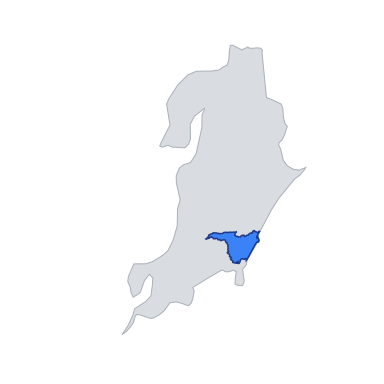 Limon, Limón, Costa Rica (highlighted), rotated 59°
{"feature_id": "36466004B50274844038256", "entity_name": "Limon", "entity_type": "district", "adm_level": 2, "iso_a3": "CRI", "parent_name": "Costa Rica", "parent_adm1": "Limón", "projection": "equal_earth", "projection_center": [-83.21, 9.776], "detail": "fine", "context": "in_parent", "style": "filled", "palette": "blue", "viewbox_px": 384, "rotation_deg": 59, "n_neighbors": 0, "source": "geoboundaries", "source_scale": "gbopen_adm2", "svg_char_len": 6889}
<svg xmlns="http://www.w3.org/2000/svg" viewBox="0 0 384 384"><g transform="rotate(59 192 192)"><path d="M298.1,196.4L297.7,198.0L296.6,199.6L295.1,201.3L293.0,202.5L287.9,199.0L283.0,195.1L280.3,196.9L279.2,202.0L277.4,204.6L275.1,205.6L274.2,207.3L274.0,224.5L274.2,240.6L277.9,241.0L284.2,246.6L286.8,249.9L287.7,252.9L286.9,254.4L282.3,258.0L277.9,262.4L275.6,268.0L279.5,277.0L280.4,283.1L280.2,289.5L279.2,292.6L270.5,299.9L268.6,302.5L268.9,304.3L273.7,309.4L275.9,314.3L277.8,320.2L278.1,325.4L273.7,315.9L267.7,306.8L262.5,301.2L262.1,288.1L260.0,281.0L252.2,274.5L245.5,269.9L240.5,270.9L243.5,278.4L251.4,288.0L251.9,291.7L251.8,296.6L246.4,295.9L241.6,293.9L235.8,293.2L231.9,290.3L223.7,278.8L229.5,269.0L231.3,262.5L231.2,249.2L229.8,242.7L223.5,232.9L213.4,222.1L199.3,213.3L192.7,206.2L176.1,200.7L169.9,197.1L165.0,190.4L164.2,185.6L166.0,178.2L161.4,168.8L141.8,150.3L130.8,143.5L128.4,139.5L126.7,138.3L128.3,151.0L133.1,158.7L145.7,165.9L149.1,170.1L150.5,175.5L143.2,185.9L139.5,188.6L138.4,194.2L136.0,196.0L133.5,192.7L123.3,176.4L103.6,168.5L100.1,163.7L92.8,148.8L89.5,135.2L90.7,126.2L98.8,112.1L101.4,105.9L100.9,102.1L101.2,96.6L98.1,92.7L90.7,87.6L85.9,83.5L87.2,81.5L95.8,76.0L96.4,71.1L96.3,69.5L97.7,69.1L99.0,67.8L99.8,66.5L102.1,61.7L104.2,59.0L106.5,58.6L109.4,60.6L120.2,65.7L132.2,71.4L149.3,79.5L156.4,74.3L162.5,70.3L166.7,70.9L175.9,75.5L181.4,77.0L184.8,76.5L190.7,83.3L193.9,88.3L194.4,91.7L196.2,93.5L200.8,93.9L212.0,97.4L218.9,96.7L225.1,93.1L228.5,88.7L229.6,81.9L231.2,85.2L233.0,90.6L233.8,97.4L241.9,120.4L248.3,133.3L262.4,156.6L268.5,161.0L278.8,179.8L282.4,182.9L284.4,188.5L295.1,193.0L298.1,196.4Z" fill="#d9dde1" stroke="#a8b0b8" stroke-width="1"/><path d="M278.6,180.7L277.8,179.0L276.8,177.4L276.6,176.7L276.2,176.1L274.3,173.0L272.4,169.8L272.2,169.2L271.8,168.6L271.3,168.0L271.1,167.4L270.6,166.7L269.6,165.0L269.4,164.4L269.1,164.1L268.6,162.8L268.4,162.2L268.4,161.8L268.4,161.3L268.7,161.3L269.0,161.3L269.1,161.2L268.6,160.5L268.8,160.2L268.7,160.0L268.5,159.9L268.4,159.9L268.1,159.5L267.9,159.6L267.7,159.4L267.5,159.2L267.1,159.2L266.9,159.3L266.3,159.3L266.4,159.2L266.3,158.9L266.2,158.9L266.1,159.1L265.6,159.1L265.4,159.2L265.2,159.1L265.3,159.4L265.2,159.7L265.2,159.9L265.2,160.1L264.7,160.1L264.2,159.9L263.9,159.6L264.1,159.3L264.4,159.3L264.6,159.2L264.2,158.8L263.7,159.2L263.4,159.1L263.2,158.7L262.9,158.4L262.6,157.9L262.0,156.9L261.5,156.2L261.4,155.7L261.1,155.2L260.9,154.9L260.6,154.4L260.2,154.8L260.2,155.0L260.4,155.5L260.6,155.7L260.7,156.1L260.8,156.7L260.5,156.8L260.4,156.8L260.0,156.9L259.7,157.2L259.4,157.3L259.3,157.6L259.0,157.9L258.8,158.0L258.6,158.0L258.4,158.1L258.2,158.3L258.1,158.6L257.9,158.5L257.8,158.4L257.6,158.4L257.4,158.6L257.2,158.5L257.0,158.8L257.0,159.0L256.9,159.5L257.0,160.0L257.3,160.4L257.5,160.9L257.9,161.1L258.0,161.4L258.2,161.5L258.3,161.6L258.3,161.8L258.1,162.0L257.9,162.2L257.6,162.3L257.3,163.1L257.3,163.6L257.3,164.6L257.4,165.1L257.5,165.4L257.7,165.7L257.9,166.0L257.8,166.4L257.4,167.2L257.3,167.4L257.2,167.6L257.3,167.9L257.6,168.6L257.5,169.2L257.2,169.6L257.2,169.8L256.8,170.0L256.4,169.8L256.1,169.6L255.5,170.3L255.2,170.6L255.1,171.2L254.9,171.7L254.9,172.1L254.9,172.6L255.0,172.7L255.1,172.8L255.3,173.2L255.5,173.5L255.0,174.4L254.9,174.7L254.8,174.9L254.4,175.1L254.3,175.3L253.8,175.6L253.6,175.7L253.6,175.9L253.3,176.1L253.2,176.2L253.3,176.5L253.1,176.6L252.7,177.1L252.4,177.1L251.9,177.2L251.7,177.2L251.5,177.4L251.3,177.4L250.9,177.4L250.6,177.2L250.3,177.1L250.2,177.0L250.1,176.8L250.0,176.3L249.9,176.2L249.6,175.9L249.5,175.7L249.3,175.6L249.3,175.1L249.3,174.9L249.0,174.6L248.9,174.6L249.0,174.9L249.0,175.3L248.7,175.4L248.6,175.9L248.4,176.3L248.2,176.5L247.8,176.9L247.7,177.1L247.7,177.5L247.1,178.5L247.0,178.9L246.9,179.0L246.5,179.3L246.1,180.0L245.8,180.6L245.4,181.5L245.3,181.8L245.3,182.2L244.8,182.5L244.4,183.1L244.2,183.5L243.5,184.7L243.1,185.3L243.1,185.8L243.2,186.5L243.2,187.0L243.1,187.6L242.5,188.7L242.3,189.0L242.1,189.5L241.8,189.9L241.7,190.2L241.4,190.3L241.2,190.4L241.1,190.6L240.9,190.8L240.9,191.1L240.6,191.6L240.3,191.6L240.0,191.9L239.8,192.0L239.6,192.2L239.3,192.7L239.2,193.1L238.6,193.8L238.4,194.1L238.2,194.3L237.9,194.6L237.9,194.9L237.9,195.0L238.1,195.1L238.2,195.9L238.1,196.5L237.9,196.8L237.8,197.2L237.7,197.6L237.7,198.3L237.6,199.1L237.5,199.5L237.6,200.0L238.3,200.4L238.6,200.8L238.8,201.0L238.9,202.0L239.2,202.5L239.4,202.9L239.3,203.4L239.3,203.6L239.3,204.3L239.8,204.2L239.9,203.8L239.8,203.4L239.7,203.1L239.7,202.9L240.1,202.2L240.1,201.9L240.3,201.4L240.5,201.1L240.5,200.8L240.3,200.6L240.2,200.5L240.2,200.1L240.1,199.9L240.1,199.6L240.4,199.3L240.4,198.9L240.6,198.5L240.6,198.4L240.9,198.3L241.0,198.2L241.5,198.0L241.7,197.8L242.1,197.8L242.7,197.6L243.1,197.6L243.3,197.5L243.4,197.3L243.5,196.8L243.9,196.4L244.0,196.0L244.2,195.8L244.2,195.4L244.4,195.2L244.5,194.9L244.8,194.5L245.0,194.3L245.4,194.2L245.6,194.2L246.0,194.3L246.3,194.3L246.5,194.2L246.7,193.7L247.0,193.2L247.1,192.9L247.3,192.6L248.4,192.4L248.7,192.2L248.8,191.7L248.7,191.5L248.7,191.2L248.8,190.7L249.0,190.3L249.1,190.2L249.4,189.4L249.6,189.0L250.3,188.3L250.6,188.4L251.0,188.6L251.3,188.6L251.7,188.6L252.0,188.8L252.5,188.8L252.6,188.6L252.9,188.6L253.1,188.3L253.3,188.2L253.5,188.4L253.8,188.5L254.5,188.5L254.8,188.6L255.4,188.5L256.0,188.6L256.3,188.7L256.5,188.8L256.9,189.0L257.0,189.2L257.2,189.4L257.6,189.4L258.1,189.6L258.6,189.9L258.7,190.2L258.9,190.3L259.0,190.4L259.3,190.4L259.6,190.8L260.0,190.9L260.2,191.1L260.5,191.1L260.8,191.2L261.3,191.2L261.5,191.0L261.8,191.1L262.0,191.5L262.0,191.8L261.9,192.2L261.8,192.5L261.9,192.8L262.3,192.8L262.5,193.0L263.0,193.0L263.3,192.6L263.6,192.6L264.1,192.4L264.4,192.1L264.6,192.0L264.8,192.0L265.2,192.2L265.6,192.2L265.8,192.5L266.0,192.6L266.5,193.1L267.0,192.9L267.3,192.8L267.4,192.6L267.5,192.4L268.1,192.1L268.4,192.0L268.5,192.1L268.6,192.3L268.7,192.7L268.8,193.0L268.9,193.3L269.1,193.5L269.4,193.5L269.5,193.4L269.9,193.5L270.2,193.5L270.6,193.4L270.9,193.2L271.1,192.9L271.5,192.8L271.6,192.7L271.9,192.6L272.1,192.6L272.4,192.5L272.8,193.1L273.3,193.3L273.5,193.1L273.8,192.8L274.1,192.7L274.3,192.6L274.4,192.2L274.6,192.0L274.9,191.8L275.3,191.4L275.4,191.0L275.2,190.6L275.2,190.1L275.2,189.8L275.1,189.1L275.1,188.7L275.2,188.4L275.3,188.5L275.5,188.4L275.8,188.7L275.9,188.9L276.1,189.1L276.4,189.4L276.5,189.7L276.8,189.2L277.2,189.0L277.4,188.5L277.3,188.1L276.9,187.6L276.8,187.1L276.5,186.8L276.3,186.6L276.2,186.4L275.8,186.1L275.5,185.7L275.3,185.5L275.1,185.2L275.0,184.6L274.8,184.3L274.8,184.1L275.1,183.7L275.2,183.3L275.4,182.9L275.8,182.8L276.0,182.6L276.4,182.2L276.5,182.0L276.6,181.7L276.5,181.3L276.5,181.0L276.4,181.0L276.4,180.9L276.5,180.7L276.6,180.4L276.9,180.3L277.0,180.1L277.3,180.3L277.9,180.6L278.4,180.6L278.6,180.7Z" fill="#3b82f6" stroke="#1e3a8a" stroke-width="1.5"/></g></svg>